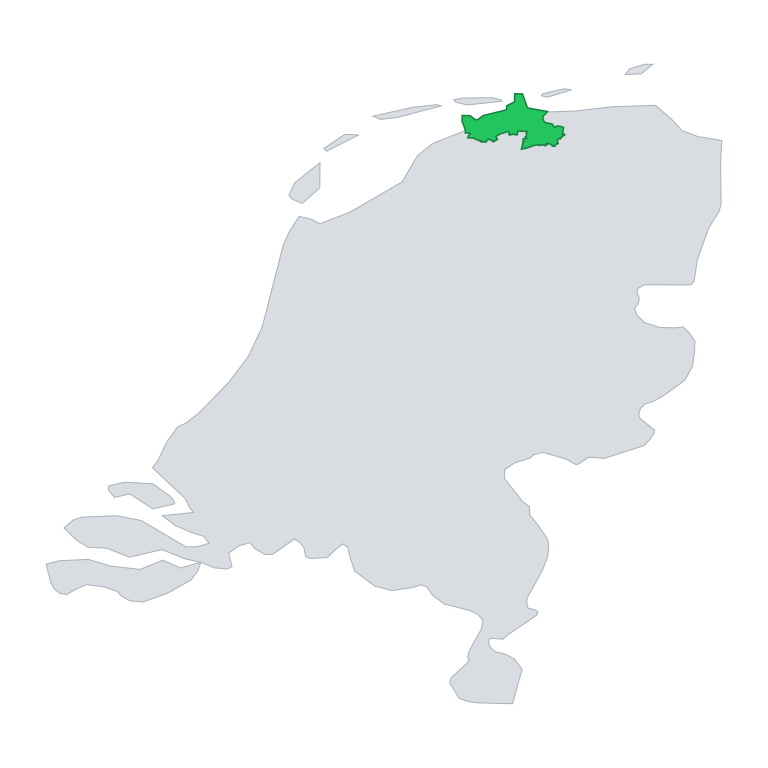 location of Noardeast-Fryslân, Friesland, Netherlands
{"feature_id": "6326949B34567378468725", "entity_name": "Noardeast-Fryslân", "entity_type": "district", "adm_level": 2, "iso_a3": "NLD", "parent_name": "Netherlands", "parent_adm1": "Friesland", "projection": "robinson", "projection_center": [6.071, 53.368], "detail": "fine", "context": "in_parent", "style": "filled", "palette": "green", "viewbox_px": 768, "rotation_deg": 0, "n_neighbors": 0, "source": "geoboundaries", "source_scale": "gbopen_adm2", "svg_char_len": 7875}
<svg xmlns="http://www.w3.org/2000/svg" viewBox="0 0 768 768"><path d="M512.5,703.7L494.5,703.3L477.6,702.8L468.7,701.7L459.2,698.4L454.9,691.4L449.7,683.0L451.1,677.9L466.9,663.3L469.3,659.3L467.7,657.1L469.3,650.7L481.4,629.0L483.0,620.3L477.6,614.2L469.8,610.5L444.5,604.1L432.4,595.0L426.9,587.1L421.2,584.8L412.9,587.5L391.9,590.5L374.8,586.2L354.7,571.2L350.2,557.7L347.8,547.4L342.8,543.9L336.0,549.2L327.3,557.5L310.4,558.5L305.6,556.6L304.8,552.0L303.9,547.5L299.3,542.0L294.3,539.0L272.7,554.4L264.7,554.4L254.7,548.5L249.8,542.6L238.7,546.0L228.7,553.1L232.0,566.6L226.6,569.0L214.4,567.8L200.7,562.3L185.3,558.9L162.1,549.6L129.4,557.2L106.9,548.2L88.1,547.3L76.5,540.1L64.1,527.9L73.1,520.0L81.8,517.2L116.3,515.7L141.2,520.5L185.9,546.9L197.2,546.7L209.3,543.3L203.3,536.1L192.1,532.7L175.4,525.6L162.2,515.7L193.6,512.5L189.3,507.3L185.3,498.6L152.6,467.9L158.3,459.7L166.9,441.9L177.4,427.1L185.6,423.2L199.3,412.7L229.0,382.0L247.9,357.0L262.1,327.4L283.1,245.7L289.2,231.8L299.1,216.4L311.4,219.3L319.9,223.8L350.1,212.1L402.1,181.9L417.4,155.8L432.4,143.6L491.8,119.9L524.6,112.8L575.1,111.0L611.7,106.8L655.5,105.3L672.3,119.9L682.0,130.6L697.7,136.5L721.9,140.6L720.6,161.7L721.1,203.5L719.3,210.9L708.5,228.5L697.2,260.2L694.2,280.9L690.7,284.9L644.5,284.8L637.9,288.4L637.0,292.9L639.3,298.2L638.3,303.6L634.6,307.9L636.6,314.8L644.7,322.6L659.4,327.4L675.0,327.9L683.1,327.0L689.0,332.6L694.9,341.2L694.5,352.1L692.3,366.6L685.0,380.1L663.6,395.6L654.1,401.1L645.1,403.9L640.8,408.0L638.8,413.2L639.3,417.8L654.6,430.2L654.2,433.1L649.8,439.5L644.0,445.6L604.6,458.3L588.3,457.3L579.1,463.6L576.2,464.8L565.9,459.0L542.9,452.3L534.2,454.6L529.4,458.3L515.0,462.7L504.6,469.7L504.6,478.7L522.9,501.8L529.3,506.4L529.7,515.0L538.6,525.9L547.7,539.5L548.7,548.1L547.6,556.9L542.9,569.3L527.0,598.4L526.8,604.0L528.1,608.2L533.6,609.4L537.8,611.6L536.5,615.4L506.7,635.6L502.8,639.2L490.3,638.2L488.4,641.5L490.1,647.0L494.9,651.7L505.6,654.2L514.8,659.4L522.1,669.4L512.5,703.7ZM200.7,562.3L198.0,570.7L191.0,579.9L167.4,593.3L143.0,602.0L130.4,600.9L121.8,596.4L117.2,591.5L104.3,586.9L86.4,584.6L75.1,589.6L67.1,594.4L60.2,593.6L55.0,589.6L51.1,583.5L46.1,564.2L59.5,560.7L88.4,559.4L110.7,566.1L140.1,569.4L162.7,560.2L180.4,568.0L200.7,562.3ZM152.8,483.8L169.8,495.9L173.4,499.8L174.7,503.9L152.8,508.8L129.8,493.9L114.4,497.4L108.7,490.3L108.7,485.9L124.7,482.2L152.8,483.8ZM319.8,187.7L302.4,203.4L291.9,199.0L288.9,195.4L294.4,183.1L320.0,162.6L319.8,187.7ZM396.7,117.6L380.5,119.4L373.1,116.2L412.2,107.4L436.9,104.7L441.3,105.9L396.7,117.6ZM501.5,101.3L467.3,104.9L455.7,102.2L453.8,99.6L463.1,98.1L492.3,97.7L501.3,100.0L501.5,101.3ZM358.8,134.9L326.6,151.2L323.9,148.6L344.7,134.4L358.8,134.9ZM641.2,73.8L625.2,74.6L629.7,68.7L644.6,64.3L652.7,64.3L641.2,73.8ZM571.7,89.8L547.3,97.3L541.4,95.7L542.9,93.6L564.3,88.8L571.7,89.8Z" fill="#d9dde1" stroke="#a8b0b8" stroke-width="1"/><path d="M554.1,146.3L554.5,146.3L555.0,146.2L555.3,145.9L555.3,145.7L555.1,145.5L555.1,145.4L555.1,145.2L555.3,144.9L555.7,144.7L556.0,144.4L556.1,144.2L556.4,143.9L556.7,143.7L556.8,143.7L557.0,143.7L557.0,143.9L557.6,143.9L557.9,143.8L558.2,143.6L558.2,143.3L558.2,143.1L557.9,142.8L557.8,142.6L557.5,141.7L557.6,141.3L557.7,141.2L557.6,140.9L557.6,140.6L557.7,140.1L557.8,139.8L557.8,139.3L558.1,139.1L558.5,138.8L558.6,138.7L559.0,138.6L559.4,138.7L560.0,138.6L560.3,138.7L560.4,138.9L560.5,138.9L560.8,138.7L560.8,138.1L560.9,137.9L561.0,137.8L561.3,137.6L561.5,137.4L561.5,136.9L561.7,136.5L561.9,136.5L561.8,136.4L562.2,136.0L562.3,135.9L562.7,135.8L563.9,135.6L564.1,135.5L564.9,134.8L564.8,134.7L564.6,134.4L564.3,134.2L563.6,134.0L563.1,134.0L562.5,133.9L563.6,127.5L562.9,127.3L562.4,127.2L561.7,126.8L561.3,126.6L560.9,126.5L560.2,126.4L559.7,126.4L558.4,126.0L557.9,125.9L557.5,125.9L557.0,126.0L556.8,126.1L556.4,126.3L555.8,126.8L555.4,127.1L555.1,127.1L554.9,127.2L554.6,127.1L554.4,127.1L554.2,127.0L554.0,126.9L553.8,126.7L553.4,125.9L553.2,125.2L552.9,124.6L552.7,124.4L551.8,123.9L551.6,123.8L551.1,123.7L547.9,123.2L546.7,122.9L546.4,122.9L545.7,122.6L545.2,122.5L544.8,122.2L544.4,121.8L543.9,121.1L543.6,120.4L543.4,120.0L543.2,119.6L543.1,119.1L542.9,117.8L542.9,117.1L542.9,116.7L543.0,116.5L547.5,111.5L527.5,107.9L522.5,93.9L514.6,93.8L514.6,101.8L506.7,105.8L506.6,109.8L483.1,115.6L477.8,119.6L475.2,119.6L470.0,115.6L462.2,115.5L462.1,121.5L464.8,128.4L465.5,131.7L465.4,133.1L465.8,133.0L466.5,132.8L466.8,132.8L467.9,133.0L468.5,133.2L469.0,133.3L470.2,133.6L470.1,133.8L469.9,134.3L469.8,134.5L469.5,134.7L469.4,134.7L469.4,134.8L468.9,135.2L468.6,135.6L468.5,135.8L468.3,136.0L468.1,136.7L468.0,136.9L467.8,137.8L470.3,138.0L472.1,138.0L472.6,137.9L473.1,138.1L473.3,138.1L473.5,138.2L473.7,138.3L474.6,138.7L475.7,139.2L478.0,140.2L478.3,140.3L478.5,140.2L478.6,140.3L478.8,140.5L479.1,140.6L479.3,140.7L480.1,140.8L480.9,140.9L480.8,141.1L481.3,141.3L480.8,141.7L481.0,141.8L481.4,141.6L481.5,141.6L481.9,141.9L482.1,141.9L485.6,142.2L485.8,142.2L486.0,141.9L486.1,141.7L486.4,141.3L486.6,141.1L487.0,140.6L487.3,140.2L488.5,139.6L489.4,139.3L489.6,139.2L489.8,139.3L489.7,139.3L492.0,140.5L491.9,140.6L492.0,140.6L492.3,140.8L492.5,141.0L492.4,141.1L493.3,141.8L493.5,141.8L493.7,141.7L493.9,141.6L494.7,141.1L494.9,141.1L496.0,140.3L495.9,140.2L496.0,140.1L497.1,139.5L497.5,139.4L497.0,138.0L495.9,136.4L496.2,136.1L496.5,135.9L496.9,135.8L497.6,135.3L498.2,135.1L498.7,134.8L499.2,134.6L499.4,134.4L499.6,134.3L500.0,134.2L500.2,133.9L500.3,133.8L501.0,133.7L501.8,133.4L502.3,133.2L502.5,133.2L502.9,133.2L503.1,133.2L503.3,133.1L504.4,132.7L504.5,132.7L504.9,132.7L505.0,132.7L505.3,132.2L505.7,132.0L505.8,132.0L506.1,131.9L506.3,131.9L506.7,131.9L507.3,131.6L507.5,131.6L508.4,131.7L508.7,131.8L508.9,132.0L509.1,132.3L509.1,132.6L509.3,132.8L509.3,133.1L509.2,133.3L508.7,133.6L508.8,134.1L509.1,134.6L509.4,134.7L509.6,135.1L509.8,135.1L510.4,135.0L510.8,134.8L511.1,134.7L511.4,134.6L511.6,134.6L512.0,134.4L512.6,134.4L513.4,134.3L513.7,134.3L514.0,134.4L514.4,134.4L514.8,134.5L515.4,134.5L515.8,134.6L515.8,134.8L516.3,134.8L516.6,134.9L517.3,134.8L517.3,134.7L517.5,133.5L517.5,132.2L517.7,131.9L517.8,131.7L517.7,131.6L517.7,131.3L517.9,131.3L517.9,131.2L518.0,131.2L518.3,131.2L518.6,131.1L519.1,131.1L519.5,131.0L519.9,131.2L520.0,131.3L520.1,131.2L520.4,131.1L520.6,131.1L521.0,131.1L521.4,131.3L521.8,131.4L522.6,131.2L523.0,131.1L523.6,131.3L523.9,131.3L524.4,131.3L525.1,131.4L525.4,131.4L525.7,131.4L526.2,131.1L526.6,131.1L526.9,131.3L527.0,131.4L527.2,131.6L527.3,131.7L527.2,131.8L526.8,131.8L526.7,131.9L526.7,132.2L526.8,132.7L526.8,132.8L526.7,132.9L526.5,133.0L526.3,133.1L526.3,133.4L526.4,133.5L526.3,135.1L526.3,136.4L526.1,136.4L526.1,136.9L526.2,137.0L526.2,137.4L525.9,137.3L526.6,138.3L525.2,138.3L524.6,138.5L523.8,138.6L523.2,138.7L523.1,141.1L523.3,141.1L523.0,141.3L522.8,143.1L523.0,143.1L522.9,143.2L522.8,144.2L522.6,144.1L522.3,145.3L522.3,145.5L522.2,146.1L521.9,147.4L521.9,147.6L521.6,148.7L521.4,149.2L522.1,149.1L523.1,148.8L525.2,148.4L526.7,148.1L529.6,147.1L529.9,147.0L531.8,146.3L532.1,146.2L532.5,145.9L533.0,145.6L533.8,145.6L534.3,145.5L536.3,145.1L537.1,144.9L537.5,144.7L538.3,144.6L539.0,145.5L539.4,145.3L539.6,145.6L540.5,145.0L541.4,144.7L541.7,145.1L542.3,144.7L542.9,144.7L543.1,145.0L543.6,145.2L543.9,145.2L544.5,145.3L544.9,145.8L545.0,145.8L545.1,145.7L545.3,145.6L545.1,145.6L545.2,145.3L545.5,145.3L545.6,145.2L546.2,145.2L546.4,145.0L546.3,144.9L546.6,144.8L546.9,144.8L546.1,143.9L546.4,143.6L546.7,143.4L546.9,143.6L547.2,143.5L547.1,143.4L547.3,143.4L547.5,143.3L548.3,143.6L548.9,143.8L549.6,143.9L549.7,144.0L549.8,144.0L550.6,144.2L551.0,144.4L551.5,144.4L551.6,144.7L551.8,145.6L552.1,145.6L552.1,145.8L552.3,146.0L552.7,146.2L553.0,146.2L553.4,146.2L553.8,146.2L554.1,146.2L554.1,146.3Z" fill="#22c55e" stroke="#15803d" stroke-width="1.5"/></svg>